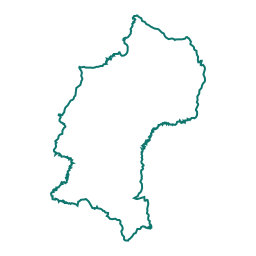 the district of Otanche, Boyacá, Colombia
{"feature_id": "7082276B30571260064971", "entity_name": "Otanche", "entity_type": "district", "adm_level": 2, "iso_a3": "COL", "parent_name": "Colombia", "parent_adm1": "Boyacá", "projection": "mercator", "projection_center": [-74.209, 5.744], "detail": "fine", "context": "isolated", "style": "outline", "palette": "teal", "viewbox_px": 256, "rotation_deg": 0, "n_neighbors": 0, "source": "geoboundaries", "source_scale": "gbopen_adm2", "svg_char_len": 5810}
<svg xmlns="http://www.w3.org/2000/svg" viewBox="0 0 256 256"><path d="M151.4,227.7L151.2,225.6L150.6,224.6L150.0,224.4L149.5,223.2L149.8,221.1L148.6,220.3L148.2,219.2L148.2,217.1L148.8,216.0L148.4,214.4L147.4,213.9L147.0,213.0L147.5,210.2L147.1,209.2L148.3,204.0L147.7,200.2L147.0,199.8L145.4,200.8L144.6,200.5L144.3,197.0L137.9,198.9L136.4,199.0L134.2,198.1L137.9,196.0L138.9,193.4L140.3,192.5L141.1,191.3L142.1,188.2L141.9,183.9L140.3,181.7L141.9,178.7L141.5,177.5L141.9,176.4L141.1,172.7L141.1,171.0L141.5,170.0L142.4,169.7L143.1,168.6L142.3,166.8L143.6,165.6L143.4,164.8L141.7,163.3L141.3,161.7L142.4,159.2L141.7,157.7L142.0,157.5L142.2,155.7L141.5,154.3L141.9,153.4L141.5,152.2L142.5,151.6L142.5,150.0L142.1,149.2L142.9,149.7L143.4,148.8L144.4,148.5L144.4,147.9L143.7,147.4L144.7,146.7L144.0,146.2L143.0,146.4L143.1,145.9L142.4,145.6L143.4,144.8L143.8,145.0L144.0,144.0L144.7,143.7L145.7,144.1L145.5,143.6L146.0,143.4L145.9,143.0L145.4,142.8L145.5,141.8L145.9,141.3L146.3,141.8L146.2,140.8L147.1,141.1L147.3,141.8L148.5,141.2L147.9,140.1L149.7,139.9L149.5,138.6L149.9,137.8L149.0,136.9L149.5,136.4L150.7,136.4L150.5,135.8L150.8,135.0L151.4,134.9L151.0,133.3L152.0,132.5L152.0,131.9L153.3,131.8L153.3,131.3L152.1,130.4L153.5,128.4L154.0,128.4L153.7,129.3L154.8,129.3L155.1,128.7L155.9,129.0L156.6,128.5L156.6,128.0L157.6,127.7L157.8,126.6L158.6,126.1L158.6,125.0L159.7,125.0L160.9,124.1L162.2,124.3L162.5,124.8L162.9,124.2L162.8,123.1L164.0,123.0L164.7,122.5L165.0,122.6L165.1,123.4L166.2,122.9L166.6,124.0L167.0,123.3L168.0,123.1L168.6,124.5L169.2,123.9L169.8,124.4L171.8,124.7L172.3,124.4L172.8,125.0L173.4,124.5L175.2,124.9L176.4,123.9L177.2,121.8L179.3,121.6L179.8,120.5L181.1,122.8L181.7,123.0L182.2,121.9L183.5,122.3L183.5,121.0L184.9,122.3L185.1,120.5L187.5,120.3L187.6,119.3L188.2,119.9L189.0,119.2L189.9,120.0L191.6,118.0L193.7,117.9L194.4,118.3L195.8,117.4L196.9,115.6L197.2,113.6L197.0,111.5L196.0,110.4L195.9,109.6L198.2,104.6L198.1,103.9L196.8,102.2L197.6,100.3L197.3,96.5L199.2,93.7L199.4,90.3L201.5,88.0L202.2,85.0L203.2,83.2L204.6,81.8L205.0,80.5L204.9,78.1L203.4,74.3L204.8,69.7L204.9,68.1L204.6,67.0L203.1,64.9L201.6,65.4L200.7,65.0L201.7,60.8L200.7,60.8L199.3,62.4L198.3,62.3L197.8,59.9L198.1,56.7L197.2,55.4L196.6,53.4L196.5,50.9L194.7,49.9L194.1,49.0L193.9,47.2L192.9,46.0L190.7,44.5L190.4,44.1L190.9,41.6L188.8,38.3L188.0,38.1L187.2,37.1L186.3,37.1L185.0,38.7L182.2,39.3L175.9,39.4L174.9,40.0L173.6,38.9L171.9,38.5L168.6,39.1L166.2,37.6L165.0,36.4L163.7,33.4L161.9,32.6L158.9,29.6L157.7,29.0L154.7,28.6L150.9,26.7L148.2,24.8L146.5,24.3L144.9,22.0L142.1,20.9L141.3,18.2L139.6,17.5L137.0,15.4L136.2,15.9L134.1,16.0L132.8,17.9L133.0,18.5L133.5,18.1L135.2,19.2L135.3,19.6L134.4,20.4L134.4,22.2L134.1,22.4L133.7,21.8L133.3,21.9L133.0,23.3L132.3,23.7L132.6,25.9L130.5,29.2L131.2,30.9L130.7,32.1L130.8,33.5L128.2,37.0L126.5,37.9L125.2,37.7L123.8,38.6L124.6,39.5L123.4,40.1L124.3,40.8L124.5,43.2L126.9,44.9L127.7,46.5L127.6,50.8L127.1,52.7L125.6,54.6L123.7,55.6L121.7,55.7L120.6,54.6L119.6,52.3L118.9,52.5L118.2,53.9L113.9,54.0L113.7,54.7L114.0,55.4L113.0,55.1L112.7,56.4L112.2,56.7L111.1,56.2L110.6,57.1L109.7,57.3L109.7,58.0L111.1,58.9L110.8,59.5L109.4,58.7L108.4,59.0L107.2,58.7L107.9,59.8L106.8,60.1L106.9,61.5L106.1,61.5L105.9,61.9L105.9,62.9L106.6,63.9L103.7,64.3L102.5,66.1L101.1,65.9L97.8,66.9L96.5,66.8L94.2,67.7L91.7,67.8L90.3,67.5L88.7,67.7L85.4,67.5L83.9,66.8L81.3,67.4L79.5,66.9L79.3,67.9L81.4,71.2L81.9,72.9L81.2,75.7L82.4,78.7L82.1,79.9L81.5,80.7L80.4,84.9L76.3,88.0L75.4,95.6L74.2,96.7L73.6,98.8L72.5,99.9L71.1,100.3L70.3,101.0L67.7,105.4L65.5,107.4L64.6,109.7L64.2,112.3L63.0,113.7L62.3,115.1L61.6,115.2L60.0,114.4L58.8,114.5L58.7,115.3L60.1,115.8L60.7,117.4L59.6,119.3L59.5,120.9L61.4,122.7L62.7,122.9L63.2,124.0L64.2,124.0L64.3,124.8L65.4,126.3L65.3,127.0L63.9,128.0L62.5,130.5L62.3,133.9L59.8,134.7L58.5,136.3L58.4,138.0L57.8,139.1L55.3,141.1L55.3,141.6L56.5,142.7L55.6,143.7L56.1,146.7L53.9,149.9L54.1,151.5L55.9,152.5L55.4,154.6L57.0,153.3L59.0,153.3L60.1,154.3L59.3,155.3L61.0,155.5L61.5,156.7L64.0,156.4L65.8,157.2L67.3,156.8L67.5,158.0L68.7,158.0L69.1,159.3L69.9,158.4L70.7,158.2L70.9,158.5L70.7,159.4L72.1,160.1L71.2,161.2L71.2,162.0L72.9,163.0L72.0,163.1L71.9,164.0L71.3,164.2L71.4,165.6L69.8,166.0L69.5,166.4L69.6,167.0L70.9,167.8L69.2,168.6L69.5,170.3L68.2,170.9L67.6,171.8L68.5,174.6L68.0,174.7L67.2,174.1L66.8,174.5L66.7,175.9L67.7,176.0L68.0,176.5L67.6,178.5L66.4,177.6L65.9,177.8L66.3,178.8L67.4,179.5L66.6,181.2L66.7,182.2L65.3,183.2L64.1,182.0L63.2,182.7L61.8,182.1L61.1,183.2L62.1,184.1L61.3,184.3L59.8,185.6L58.8,187.2L57.7,187.4L57.2,188.0L56.3,187.6L56.0,188.6L56.6,189.8L56.4,190.1L54.9,190.4L54.4,189.3L54.0,189.3L53.1,190.2L53.6,192.0L51.6,192.4L51.0,193.7L51.6,195.8L52.6,196.2L52.4,196.9L52.7,197.2L52.4,198.0L52.6,199.2L55.3,199.6L55.5,198.7L57.0,199.1L58.2,200.0L58.8,201.7L59.3,201.0L60.4,200.8L62.5,201.6L62.5,200.7L63.0,200.5L63.9,201.1L63.9,202.1L64.4,202.2L64.6,203.0L65.6,203.0L65.4,202.5L65.9,202.2L68.6,203.6L69.5,203.2L70.6,203.9L71.4,203.2L73.9,203.6L77.0,204.8L77.1,205.4L77.5,205.7L78.3,201.6L79.3,201.4L80.9,199.8L84.9,199.4L85.9,199.0L88.7,201.5L92.4,208.0L94.8,208.1L94.8,208.7L96.5,208.0L97.0,206.9L97.7,208.3L100.6,208.8L102.2,209.8L103.0,210.8L104.3,211.0L105.2,212.4L108.1,213.0L108.0,214.5L106.8,216.0L108.3,216.8L109.9,218.8L112.2,219.2L115.3,218.7L117.3,220.0L119.4,220.0L120.5,221.4L120.2,223.7L122.0,226.0L122.7,228.1L122.5,229.7L121.3,231.2L122.1,234.6L124.1,236.9L124.0,239.2L124.7,240.1L125.8,240.5L128.2,240.6L128.7,239.4L130.0,238.7L132.2,236.4L133.9,233.7L135.7,233.1L137.4,228.9L140.0,229.1L140.8,228.2L141.0,227.3L143.0,226.3L144.9,226.7L145.4,227.5L146.3,227.8L147.1,227.5L147.7,228.2L148.8,228.2L148.8,227.2L149.5,226.5L150.0,226.9L150.4,228.4L151.4,227.7Z" fill="none" stroke="#0f766e" stroke-width="2"/></svg>